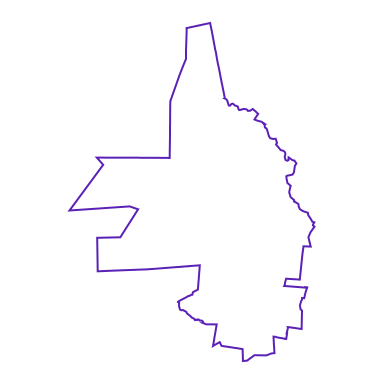 Cosío, Aguascalientes, Mexico
{"feature_id": "50627088B99350928846043", "entity_name": "Cosío", "entity_type": "district", "adm_level": 2, "iso_a3": "MEX", "parent_name": "Mexico", "parent_adm1": "Aguascalientes", "projection": "mercator", "projection_center": [-102.285, 22.371], "detail": "fine", "context": "isolated", "style": "outline", "palette": "violet", "viewbox_px": 384, "rotation_deg": 0, "n_neighbors": 0, "source": "geoboundaries", "source_scale": "gbopen_adm2", "svg_char_len": 5497}
<svg xmlns="http://www.w3.org/2000/svg" viewBox="0 0 384 384"><path d="M289.3,184.6L287.5,183.1L286.5,178.5L286.5,178.0L286.3,176.3L287.2,175.7L289.8,175.2L292.5,174.6L293.9,172.5L294.6,167.8L294.8,166.0L295.9,164.3L296.4,163.5L294.4,160.5L293.8,160.5L293.5,160.5L292.1,159.9L288.6,157.4L288.5,159.6L288.5,160.1L287.6,160.7L287.0,160.7L286.0,160.2L285.7,160.1L285.4,159.5L284.7,156.8L285.4,154.3L285.1,152.4L284.4,151.7L283.6,150.9L280.8,150.1L280.7,150.1L276.0,144.4L276.6,143.5L277.0,142.8L275.7,138.8L275.4,138.9L274.1,138.9L273.1,138.9L273.0,139.0L272.0,138.7L270.9,138.4L270.4,138.3L269.8,137.7L268.8,135.8L267.6,131.6L267.0,129.6L266.8,129.1L266.7,129.0L266.6,128.8L266.4,128.4L265.2,127.7L265.0,127.4L264.8,127.2L264.8,126.9L264.8,125.3L263.5,123.7L264.4,123.7L263.2,122.9L262.0,122.0L261.7,121.9L260.5,121.4L259.1,121.2L257.0,120.5L255.8,120.0L254.5,119.5L254.8,119.0L255.4,117.9L256.7,116.1L258.2,113.9L257.6,113.4L256.4,112.2L256.2,112.0L255.5,111.4L255.3,111.2L255.2,111.1L254.9,110.9L252.8,109.0L250.3,110.6L250.2,110.7L248.8,110.9L248.6,110.9L247.8,110.8L247.6,110.2L247.1,109.8L246.5,109.4L245.6,109.2L244.6,109.0L244.4,109.0L243.5,109.0L242.3,109.3L239.8,110.1L239.1,110.0L238.7,109.6L238.5,109.0L238.0,107.3L237.8,106.5L237.0,106.2L236.1,105.8L235.1,105.6L234.6,105.3L233.6,104.2L233.0,103.8L232.8,103.7L232.7,103.7L232.2,103.7L231.3,104.1L230.9,104.6L230.5,105.1L230.0,105.6L229.1,105.7L228.5,104.9L228.1,103.4L227.7,102.2L227.2,100.4L226.3,99.4L225.4,98.7L224.6,98.4L224.8,98.3L224.3,95.6L223.8,92.9L223.5,91.5L222.8,88.1L222.3,85.5L222.0,84.1L221.1,79.7L219.8,72.9L219.7,72.2L218.7,67.2L218.1,64.6L217.5,61.7L216.9,58.4L216.7,57.3L216.0,52.8L215.0,48.7L215.0,48.4L211.8,31.2L210.1,23.0L209.8,23.1L186.5,28.1L186.5,28.4L186.7,29.6L186.7,29.8L186.6,32.0L186.6,34.0L186.5,35.8L186.4,37.7L186.4,38.5L186.4,39.5L186.3,41.3L186.3,42.9L186.2,44.2L186.2,45.5L186.1,46.7L186.1,47.8L186.1,48.8L186.0,49.9L186.0,58.7L185.9,59.2L185.6,59.9L184.1,63.5L181.9,69.0L179.5,75.2L173.3,92.8L172.6,94.7L170.3,101.3L170.3,101.5L170.3,102.1L170.2,107.3L170.2,108.9L170.2,109.0L170.1,117.2L170.1,117.4L170.1,124.8L170.0,126.4L170.0,126.7L170.0,128.0L170.0,135.1L170.0,135.3L169.9,142.2L169.8,148.8L169.7,155.8L169.7,158.0L167.4,157.9L162.4,157.9L158.1,157.8L157.5,157.8L156.8,157.8L156.0,157.8L155.3,157.8L154.7,157.8L154.3,157.8L154.0,157.8L153.4,157.8L152.8,157.8L152.3,157.8L151.7,157.8L151.2,157.8L150.7,157.8L150.2,157.8L149.9,157.8L149.3,157.8L149.0,157.8L148.8,157.8L148.5,157.8L148.2,157.8L147.3,157.8L147.0,157.8L146.8,157.8L146.4,157.8L146.1,157.8L144.6,157.8L143.8,157.8L143.3,157.8L142.6,157.8L140.2,157.8L139.8,157.8L139.2,157.7L138.8,157.7L138.1,157.7L137.4,157.7L133.0,157.7L131.2,157.7L121.9,157.7L96.8,157.6L103.2,164.8L69.5,210.5L129.6,206.4L138.1,209.3L120.3,237.3L97.2,237.8L97.7,271.3L114.3,270.6L148.0,269.3L199.8,265.3L197.9,289.6L195.3,290.9L192.9,292.2L192.4,294.7L191.4,294.8L190.1,295.4L189.9,295.7L187.9,296.2L187.2,296.7L186.2,297.3L185.1,297.9L181.0,300.0L180.2,300.5L178.2,301.5L178.0,302.1L179.1,302.8L179.1,303.1L179.0,306.0L180.0,309.6L181.3,310.3L182.7,310.0L183.8,310.4L184.0,310.7L185.5,311.4L186.3,311.9L186.9,313.3L188.3,314.4L188.6,314.7L189.5,315.4L189.9,315.7L190.5,316.1L191.1,317.0L191.5,317.3L191.8,317.6L192.2,317.7L193.2,318.2L193.6,318.5L193.9,318.7L194.2,319.1L195.0,320.1L195.6,319.7L195.9,319.5L196.5,319.9L196.9,320.1L197.0,320.1L197.3,319.6L198.0,319.4L198.4,319.7L198.7,319.6L199.8,320.6L201.6,320.5L201.9,320.7L203.0,321.6L203.2,322.8L202.7,322.9L206.2,324.3L216.7,324.4L215.4,332.0L214.5,337.1L214.0,340.3L213.6,342.7L213.0,346.0L214.3,345.2L219.7,342.1L219.8,342.2L221.3,345.6L221.7,345.8L222.1,346.0L222.5,346.0L222.9,346.1L223.3,346.1L224.0,346.3L224.3,346.3L224.7,346.4L225.1,346.4L225.4,346.5L225.8,346.5L226.1,346.6L226.5,346.6L226.8,346.7L227.2,346.7L227.5,346.8L227.9,346.8L229.1,347.0L230.3,347.2L231.5,347.4L231.9,347.4L234.1,347.8L235.3,348.0L236.6,348.1L237.0,348.2L242.0,349.0L242.3,349.0L242.6,349.1L242.9,358.0L242.9,360.2L242.9,360.6L242.9,361.0L243.4,360.9L245.0,360.9L246.2,360.7L246.6,360.7L247.2,360.6L248.0,360.0L249.4,358.9L253.8,355.7L254.1,355.4L254.4,355.3L254.8,355.2L260.2,355.3L262.5,355.3L265.1,355.4L266.1,355.4L266.4,355.3L266.8,355.2L267.7,354.9L271.0,353.6L271.3,353.5L272.1,353.4L274.5,353.1L274.5,352.7L274.4,352.3L274.0,345.0L273.9,344.8L273.9,344.5L273.7,340.3L273.5,336.6L275.2,336.8L275.5,336.8L276.5,337.2L278.3,337.6L278.9,337.7L280.3,337.9L282.0,338.2L282.5,338.3L283.3,338.5L285.2,338.9L285.2,338.7L286.2,338.9L287.1,333.4L286.6,333.3L288.1,327.4L287.9,327.1L288.6,327.1L290.4,327.4L293.8,327.9L294.2,327.9L297.4,328.4L301.6,329.0L302.0,310.6L301.5,310.1L300.6,309.3L300.5,308.8L300.4,308.2L299.9,305.6L300.2,304.4L300.9,302.0L301.2,301.1L301.8,300.1L302.1,298.4L302.1,298.0L304.2,298.2L304.3,297.6L304.6,296.6L304.8,295.4L305.1,294.1L305.4,293.2L305.6,292.1L306.1,290.6L306.2,290.3L306.9,288.3L307.2,287.4L305.1,287.1L305.0,287.6L290.0,286.4L284.6,286.0L284.2,286.0L284.9,284.5L284.9,283.3L286.1,278.7L291.9,279.1L292.8,279.1L293.2,279.2L293.9,279.2L297.2,279.4L298.3,279.5L299.7,279.6L299.8,279.6L302.4,254.5L303.5,246.3L310.7,246.6L308.4,237.2L310.5,232.3L314.5,226.6L312.9,225.4L312.9,224.8L314.3,222.3L312.4,221.8L310.7,218.8L308.3,215.3L307.9,212.8L302.7,211.0L299.9,209.2L298.8,206.9L298.4,204.1L296.9,203.0L294.4,201.7L294.0,201.5L294.3,200.3L290.6,197.1L290.0,194.9L289.8,194.4L289.2,192.3L289.2,192.1L290.2,187.4L290.7,185.8L289.3,184.6Z" fill="none" stroke="#5b21b6" stroke-width="2"/></svg>